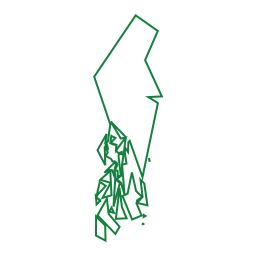 the district of Bagerhat, Khulna, Bangladesh
{"feature_id": "16705992B77600989823530", "entity_name": "Bagerhat", "entity_type": "district", "adm_level": 2, "iso_a3": "BGD", "parent_name": "Bangladesh", "parent_adm1": "Khulna", "projection": "natural_earth1", "projection_center": [89.774, 22.348], "detail": "medium", "context": "isolated", "style": "outline", "palette": "green", "viewbox_px": 256, "rotation_deg": 0, "n_neighbors": 0, "source": "geoboundaries", "source_scale": "gbopen_adm2", "svg_char_len": 1923}
<svg xmlns="http://www.w3.org/2000/svg" viewBox="0 0 256 256"><path d="M135.7,15.4L94.2,76.7L110.3,124.4L107.9,141.4L105.4,143.2L107.0,144.3L108.0,149.0L107.8,149.4L107.2,149.2L105.1,146.5L107.7,152.3L105.7,155.8L111.1,159.0L111.8,159.9L112.3,161.3L114.2,161.3L113.7,163.2L115.6,162.1L116.6,162.7L117.3,164.3L116.8,166.5L114.8,170.4L117.6,170.7L117.8,176.4L120.8,175.6L118.5,155.9L119.4,153.6L121.6,154.2L121.6,152.0L118.5,153.3L115.9,150.4L116.4,144.9L113.6,144.6L111.5,143.8L110.3,143.0L111.3,135.8L115.4,138.0L110.5,142.9L116.5,144.8L116.1,150.4L125.5,137.7L120.7,138.5L110.8,121.6L125.9,137.2L122.1,164.6L126.5,163.6L124.7,151.8L125.3,148.0L128.0,152.0L128.4,142.2L129.7,140.8L142.5,177.1L157.9,103.0L148.3,97.1L161.8,96.4L145.1,60.1L157.8,31.0L135.7,15.4ZM136.1,191.0L131.9,172.4L127.6,193.7L122.5,196.0L132.1,219.5L141.6,215.5L136.6,203.5L136.9,201.1L137.7,199.9L142.2,196.9L136.1,191.0ZM106.9,198.6L97.5,215.3L115.4,233.9L119.6,226.8L108.6,213.9L106.9,198.6ZM113.6,163.5L104.4,172.6L109.1,170.0L112.2,170.3L115.2,178.5L113.5,206.7L119.9,182.8L115.8,179.8L114.5,170.4L116.3,162.8L113.6,163.5ZM110.3,170.8L100.3,179.8L110.7,182.8L102.6,197.9L111.5,195.2L110.3,170.8ZM124.5,194.5L122.1,165.1L121.8,175.2L116.7,179.3L120.8,182.5L124.5,194.5ZM121.9,206.9L119.5,187.8L115.9,218.8L126.6,218.3L121.9,206.9ZM96.1,216.5L96.0,235.6L105.5,240.6L105.2,225.4L96.1,216.5ZM137.0,202.9L147.4,205.3L144.3,183.6L140.5,179.6L142.6,196.9L137.0,202.9ZM105.3,143.3L106.6,134.0L97.5,150.2L105.3,165.2L104.7,147.1L105.3,146.2L107.8,149.1L105.3,143.3ZM96.6,195.8L105.8,185.9L99.8,181.9L96.6,195.8ZM96.6,204.4L99.9,201.0L95.9,196.1L96.6,204.4ZM109.4,211.7L114.0,212.8L111.5,207.6L109.4,211.7ZM144.3,223.8L142.0,223.8L143.0,224.3L144.3,223.8ZM143.7,217.0L145.4,216.0L143.8,215.0L143.7,217.0ZM149.7,161.1L148.9,158.1L149.6,161.7L149.7,161.1ZM100.0,201.6L100.4,201.1L100.2,200.7L100.0,201.6Z" fill="none" stroke="#15803d" stroke-width="2"/></svg>